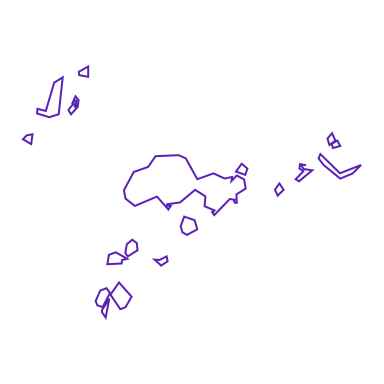 Sulu, Sulu, Philippines
{"feature_id": "2640588B7308386302326", "entity_name": "Sulu", "entity_type": "district", "adm_level": 2, "iso_a3": "PHL", "parent_name": "Philippines", "parent_adm1": "Sulu", "projection": "natural_earth1", "projection_center": [120.931, 5.941], "detail": "medium", "context": "isolated", "style": "outline", "palette": "violet", "viewbox_px": 384, "rotation_deg": 0, "n_neighbors": 0, "source": "geoboundaries", "source_scale": "gbopen_adm2", "svg_char_len": 1879}
<svg xmlns="http://www.w3.org/2000/svg" viewBox="0 0 384 384"><path d="M214.5,210.4L212.6,212.8L211.5,211.3L214.3,215.1L229.8,199.0L234.7,199.8L234.0,201.2L235.2,202.9L236.8,202.8L236.4,194.4L245.7,188.6L244.1,179.4L236.8,175.5L231.5,181.0L232.1,177.0L224.6,178.5L213.5,173.4L197.3,179.2L185.8,158.4L178.7,155.2L155.5,156.2L148.2,166.9L133.8,171.9L123.9,190.3L125.5,198.6L134.9,205.9L157.0,196.6L168.4,209.5L170.7,205.9L167.3,205.7L167.1,204.3L180.1,202.4L195.1,189.8L205.4,196.4L204.6,206.3L214.5,210.4ZM62.7,77.4L54.2,82.6L45.8,111.0L37.5,108.8L37.1,113.5L49.2,117.2L58.7,114.3L62.7,77.4ZM119.0,282.5L110.5,294.7L120.3,309.2L125.5,307.2L131.6,296.7L119.0,282.5ZM184.2,216.6L180.7,226.2L182.4,232.3L187.0,234.9L197.3,229.3L194.6,220.2L184.2,216.6ZM320.4,154.1L318.6,158.3L323.2,164.6L340.2,178.6L352.6,173.5L361.0,165.0L340.0,173.3L320.4,154.1ZM110.0,293.0L106.5,288.2L100.2,290.6L95.7,301.0L97.3,305.3L102.6,307.1L110.0,293.0ZM115.8,252.3L108.9,254.9L107.4,264.2L121.6,263.5L122.1,260.0L127.2,258.8L115.8,252.3ZM132.2,239.7L126.8,244.2L125.3,253.1L127.8,256.4L137.5,250.3L136.8,243.1L132.2,239.7ZM306.1,165.3L300.1,164.1L299.4,168.5L303.4,171.2L295.7,179.2L299.0,181.3L312.3,170.3L303.6,169.0L300.7,164.3L306.1,165.3ZM241.7,163.7L236.0,171.6L245.3,174.8L247.4,168.6L241.7,163.7ZM75.5,96.3L72.0,104.1L73.5,101.6L76.2,100.5L75.8,108.3L73.7,103.3L68.4,110.0L71.0,114.3L77.7,106.9L78.6,100.2L75.5,96.3ZM88.2,66.5L78.8,71.8L79.3,75.2L88.2,76.8L88.2,66.5ZM32.5,134.3L26.6,135.4L23.0,139.3L31.2,144.1L32.5,134.3ZM166.6,256.4L159.4,260.0L154.6,259.6L161.2,265.6L167.6,261.3L166.6,256.4ZM279.4,183.5L274.9,189.7L277.7,195.6L283.6,189.8L279.4,183.5ZM105.7,317.5L109.3,298.6L102.0,310.2L101.9,312.1L105.7,317.5ZM332.1,133.2L327.5,138.5L329.4,145.0L335.4,140.7L332.1,133.2ZM337.3,140.5L331.7,143.9L332.9,148.0L340.2,146.0L337.3,140.5Z" fill="none" stroke="#5b21b6" stroke-width="2"/></svg>